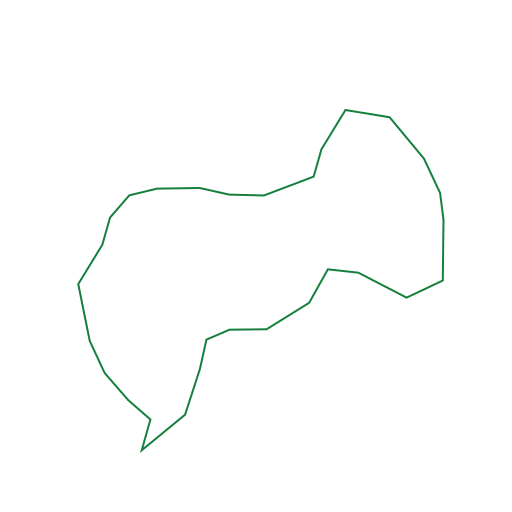 the district of Psimolofou, Nicosia, Cyprus, rotated 151°
{"feature_id": "46923920B41112983701045", "entity_name": "Psimolofou", "entity_type": "district", "adm_level": 2, "iso_a3": "CYP", "parent_name": "Cyprus", "parent_adm1": "Nicosia", "projection": "mercator", "projection_center": [33.281, 35.058], "detail": "fine", "context": "isolated", "style": "outline", "palette": "green", "viewbox_px": 512, "rotation_deg": 151, "n_neighbors": 0, "source": "geoboundaries", "source_scale": "gbopen_adm2", "svg_char_len": 534}
<svg xmlns="http://www.w3.org/2000/svg" viewBox="0 0 512 512"><g transform="rotate(151 256 256)"><path d="M425.1,317.6L442.6,262.3L445.1,227.1L437.6,191.8L427.6,164.2L450.1,141.5L395.0,151.6L359.9,184.3L339.9,206.9L314.9,204.4L282.3,186.8L232.2,189.3L199.6,209.5L174.6,191.8L144.5,146.6L104.5,144.0L74.4,196.9L64.4,222.0L61.9,259.8L71.9,312.6L107.0,340.3L147.0,317.6L167.1,297.5L219.7,305.1L249.7,322.7L272.3,342.8L309.9,362.9L337.4,370.5L365.0,360.4L385.0,340.3L425.1,317.6Z" fill="none" stroke="#15803d" stroke-width="2"/></g></svg>